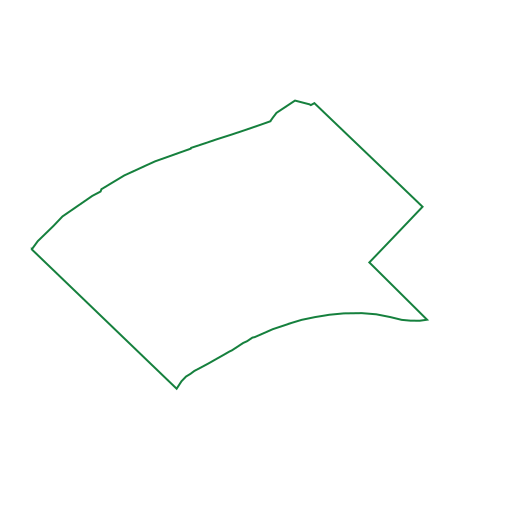 outline of Jarra central, Lower River, Gambia, rotated 134°
{"feature_id": "56634734B6993374345684", "entity_name": "Jarra central", "entity_type": "district", "adm_level": 2, "iso_a3": "GMB", "parent_name": "Gambia", "parent_adm1": "Lower River", "projection": "orthographic", "projection_center": [-15.418, 13.42], "detail": "fine", "context": "isolated", "style": "outline", "palette": "green", "viewbox_px": 512, "rotation_deg": 134, "n_neighbors": 0, "source": "geoboundaries", "source_scale": "gbopen_adm2", "svg_char_len": 1027}
<svg xmlns="http://www.w3.org/2000/svg" viewBox="0 0 512 512"><g transform="rotate(134 256 256)"><path d="M406.6,220.9L397.8,222.6L391.3,222.6L386.4,221.3L381.5,220.5L366.5,215.6L343.0,208.7L340.7,207.8L327.4,204.8L325.2,203.9L323.4,203.2L317.2,201.9L315.3,200.6L297.0,193.1L281.3,184.9L281.3,185.0L270.2,178.8L258.8,171.0L250.8,165.0L247.4,162.5L236.3,153.0L223.6,140.2L214.4,129.0L206.6,116.9L200.7,106.8L195.4,100.2L188.9,93.3L183.4,89.0L183.0,88.7L181.9,170.0L152.9,170.1L134.9,170.2L104.9,170.4L104.9,171.3L105.0,204.7L105.0,205.1L105.2,248.9L105.3,271.9L105.5,320.2L106.6,320.5L109.4,321.4L109.7,322.8L117.1,335.9L138.7,340.7L144.8,340.0L148.7,339.4L148.8,339.3L149.0,339.2L160.0,344.7L179.9,354.9L180.0,355.0L185.4,357.8L199.5,365.4L209.6,370.6L223.3,377.8L224.1,377.5L257.9,394.3L267.5,398.1L289.5,406.7L315.3,413.6L317.6,412.6L326.4,415.5L355.6,421.4L362.0,422.7L375.3,422.6L396.9,423.3L407.0,421.9L407.1,421.7L407.0,421.8L406.8,323.2L406.7,262.0L406.6,220.9Z" fill="none" stroke="#15803d" stroke-width="2"/></g></svg>